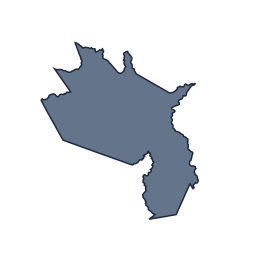 outline of Parnamirim, Pernambuco, Brazil, rotated 255°
{"feature_id": "56859067B61443615516540", "entity_name": "Parnamirim", "entity_type": "district", "adm_level": 2, "iso_a3": "BRA", "parent_name": "Brazil", "parent_adm1": "Pernambuco", "projection": "robinson", "projection_center": [-39.739, -8.164], "detail": "fine", "context": "isolated", "style": "filled", "palette": "slate", "viewbox_px": 256, "rotation_deg": 255, "n_neighbors": 0, "source": "geoboundaries", "source_scale": "gbopen_adm2", "svg_char_len": 5207}
<svg xmlns="http://www.w3.org/2000/svg" viewBox="0 0 256 256"><g transform="rotate(255 128 128)"><path d="M111.9,92.5L103.5,104.7L91.8,121.6L91.3,122.7L91.4,123.7L92.1,124.3L91.7,125.6L91.7,127.0L92.1,128.2L93.2,129.8L93.8,130.5L94.1,131.4L93.5,132.7L93.7,133.8L94.4,133.7L94.7,135.2L95.5,135.5L96.0,135.9L96.4,136.8L97.3,136.0L98.0,137.1L97.9,138.3L98.4,139.0L98.5,140.2L99.9,140.9L100.2,141.8L99.6,141.7L98.1,142.0L97.9,142.8L96.4,142.7L95.7,141.9L95.0,142.5L93.6,143.3L92.5,142.7L91.6,143.5L89.6,143.3L88.5,144.2L87.1,142.6L86.1,141.5L84.8,142.3L83.7,141.5L83.2,141.1L82.6,140.0L82.0,138.9L81.3,139.5L80.6,139.3L79.5,138.4L79.5,137.4L79.6,136.1L77.5,135.6L77.0,134.5L77.1,133.5L77.5,132.7L78.2,132.5L78.6,131.7L78.2,130.7L76.8,129.7L76.2,130.2L74.6,130.2L74.3,129.4L72.8,128.8L72.1,128.5L71.2,128.6L70.2,129.8L68.3,128.9L67.6,129.8L66.5,130.0L65.3,129.4L64.5,129.5L63.5,129.1L62.3,128.9L61.6,127.3L60.7,126.2L60.0,125.0L58.9,124.8L58.0,124.8L57.4,124.5L55.7,125.2L54.7,125.8L54.0,126.0L53.1,125.7L52.3,126.2L51.3,126.1L50.6,125.3L49.8,125.7L48.6,125.3L48.1,126.0L46.8,126.6L46.2,126.9L45.4,126.9L44.7,126.6L43.9,126.7L43.0,127.2L41.5,128.5L40.8,129.0L39.6,129.4L38.5,130.3L37.4,131.7L37.0,131.1L34.5,124.7L33.3,136.6L33.0,139.7L32.7,143.0L31.9,152.1L36.6,155.9L43.6,161.6L48.0,165.2L48.8,165.8L58.1,173.4L52.6,175.0L53.2,176.3L54.2,176.3L55.4,176.0L56.5,176.8L56.7,177.8L57.4,178.8L57.1,179.8L57.2,180.9L58.3,181.7L59.2,182.4L60.5,182.1L61.2,182.1L62.2,182.2L63.4,182.2L64.5,181.9L65.2,181.0L66.8,180.8L67.7,180.8L68.4,180.5L69.0,181.0L70.1,181.5L70.6,182.3L71.4,183.2L72.2,182.8L73.3,182.9L74.0,181.9L74.5,181.1L74.8,179.7L75.5,178.5L77.4,177.9L78.2,178.3L80.1,179.2L80.8,180.7L82.1,181.2L83.5,182.2L84.7,182.6L86.6,184.0L87.8,184.1L89.3,182.3L90.6,181.9L91.4,181.1L92.1,180.5L93.2,180.5L94.3,181.4L95.3,181.4L96.4,181.9L97.4,181.5L98.5,182.0L99.6,182.0L100.0,182.5L100.9,182.8L102.0,182.9L102.8,182.2L104.0,181.4L105.0,180.2L105.4,179.6L107.3,179.3L108.9,177.5L110.2,176.7L111.6,174.9L112.7,172.9L113.5,173.0L114.2,172.9L115.2,172.4L116.5,171.4L117.5,171.7L118.7,172.1L119.7,172.0L121.1,171.3L122.3,171.4L123.6,172.6L124.8,173.0L127.1,172.3L127.9,173.5L128.4,174.1L129.3,174.4L130.8,174.3L131.2,176.3L131.5,177.1L132.1,177.7L132.9,177.6L133.7,176.7L134.3,175.7L135.3,175.1L136.1,175.4L136.6,176.2L136.6,177.6L137.1,178.9L137.3,182.7L137.8,183.7L138.5,184.0L139.4,183.8L140.0,183.4L140.7,183.6L141.3,184.1L141.9,185.1L142.2,187.8L143.1,188.5L144.9,189.7L144.1,191.5L144.3,192.4L145.1,192.9L146.1,193.3L147.0,193.9L147.9,194.8L149.4,196.7L150.2,197.4L151.0,198.5L151.6,199.4L152.3,200.5L152.4,202.4L152.7,203.5L153.9,204.7L153.5,203.7L153.4,202.8L154.3,201.3L154.3,200.2L153.5,197.3L154.0,196.6L155.5,195.2L155.3,194.1L153.5,192.6L153.9,190.3L154.6,189.5L154.9,188.7L154.2,187.2L154.4,186.4L153.4,185.8L152.5,185.1L151.1,182.2L150.9,181.3L150.8,180.4L150.8,178.5L151.0,177.5L151.6,176.7L152.3,176.0L177.7,150.4L178.3,149.9L179.5,149.6L180.7,149.4L181.5,149.0L182.4,149.2L183.4,149.2L184.0,148.4L184.5,147.6L186.0,147.7L186.9,148.1L187.9,148.3L188.8,148.3L189.7,147.8L190.9,147.7L191.9,148.0L192.3,148.6L193.3,149.4L194.6,149.9L195.3,149.7L196.0,149.5L196.8,149.4L197.7,148.8L198.8,148.5L199.4,148.0L200.1,147.8L201.0,147.2L202.0,147.5L202.3,146.7L202.1,145.7L201.7,144.4L201.5,143.5L200.8,142.9L199.6,143.0L198.4,143.4L197.6,142.7L196.7,142.5L195.6,142.2L195.1,141.5L194.3,141.1L193.7,142.1L192.8,141.7L192.0,141.1L191.1,140.9L189.7,141.0L188.8,141.6L188.0,141.7L187.4,141.2L186.8,140.6L186.2,139.9L185.2,139.3L184.1,138.9L183.6,137.7L182.9,136.6L182.7,135.3L182.8,134.5L183.4,133.7L184.0,132.9L184.7,132.4L188.8,130.5L189.5,130.1L190.7,129.5L198.0,126.0L198.8,125.4L199.5,124.8L200.2,123.9L200.7,122.8L201.6,122.0L203.3,122.1L204.3,122.7L205.1,122.5L206.0,122.3L206.7,123.0L207.3,123.5L207.9,124.0L208.5,124.4L209.4,124.1L210.4,124.0L211.1,123.8L210.6,123.0L209.9,122.3L210.3,121.6L210.8,120.9L210.3,119.4L209.8,118.4L209.7,117.5L209.8,116.6L210.6,116.3L211.4,116.3L212.2,116.6L212.9,116.6L213.3,115.9L213.4,114.6L214.2,113.9L215.0,113.4L214.7,112.7L214.6,111.9L215.5,110.9L216.2,109.7L216.3,108.8L217.0,107.9L217.1,106.9L216.8,105.7L217.1,105.0L217.6,104.4L218.8,104.4L219.5,103.3L220.5,102.8L221.4,102.3L222.3,101.2L223.4,100.3L224.1,99.0L211.5,100.1L210.5,100.3L207.8,100.6L206.4,100.3L205.3,100.9L204.4,101.0L203.7,100.1L202.9,99.7L202.2,99.5L201.4,99.8L200.1,98.7L199.4,97.5L198.3,96.6L197.5,95.2L197.8,94.5L198.2,93.6L198.2,92.3L198.1,91.4L197.4,89.8L197.4,88.4L196.8,87.1L197.1,85.5L197.4,84.7L198.0,84.0L198.5,83.3L199.3,82.7L199.9,81.0L200.5,80.1L201.2,79.5L201.9,78.4L202.1,77.1L202.5,76.2L202.7,74.8L203.1,73.8L203.5,73.2L204.2,72.4L202.5,73.0L188.1,78.2L180.1,81.1L177.7,81.9L177.7,79.9L178.3,78.9L178.4,77.8L177.6,77.2L177.2,76.5L177.7,75.5L177.0,74.2L177.2,73.4L177.8,72.6L178.0,71.5L177.4,70.2L176.7,69.3L176.1,68.3L177.0,67.5L177.6,67.0L178.7,66.6L179.5,65.5L180.2,65.2L180.2,63.9L180.3,62.8L180.3,61.9L179.9,60.3L178.9,59.6L178.2,59.4L177.8,58.3L177.2,57.7L177.0,55.9L176.8,54.6L177.0,53.6L177.7,52.9L178.4,52.7L177.7,51.6L176.9,51.3L164.5,54.2L163.3,54.5L148.7,58.2L133.1,62.1L126.4,71.7L125.1,73.6L119.0,82.3L111.9,92.5Z" fill="#64748b" stroke="#1e293b" stroke-width="1.5"/></g></svg>